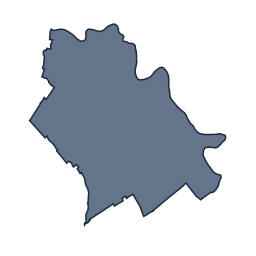 Radauti-Prut, Botosani, Romania (Albers equal-area conic projection), rotated 7°
{"feature_id": "2599482B66408843515913", "entity_name": "Radauti-Prut", "entity_type": "district", "adm_level": 2, "iso_a3": "ROU", "parent_name": "Romania", "parent_adm1": "Botosani", "projection": "albers", "projection_center": [26.824, 48.199], "detail": "fine", "context": "isolated", "style": "filled", "palette": "slate", "viewbox_px": 256, "rotation_deg": 7, "n_neighbors": 0, "source": "geoboundaries", "source_scale": "gbopen_adm2", "svg_char_len": 5603}
<svg xmlns="http://www.w3.org/2000/svg" viewBox="0 0 256 256"><g transform="rotate(7 128 128)"><path d="M96.7,229.4L96.8,228.7L100.1,226.5L100.2,225.6L101.6,224.2L100.9,223.5L105.3,219.8L107.0,218.2L107.5,217.9L107.8,217.7L112.5,213.7L113.1,213.3L116.1,210.7L121.3,206.1L122.5,204.9L124.1,207.2L127.0,204.7L130.9,201.8L131.9,201.0L131.9,200.7L131.1,199.2L130.9,198.8L130.8,198.6L134.1,196.0L134.6,196.9L134.9,197.4L135.1,198.2L135.6,197.9L135.5,197.5L135.6,197.3L140.9,193.2L141.8,194.3L142.3,195.1L143.3,196.2L148.5,203.1L150.0,205.3L152.0,209.3L153.1,211.6L154.4,213.8L157.9,211.3L157.8,211.0L162.2,207.7L162.4,207.5L162.6,207.7L162.9,207.7L163.1,207.4L163.0,207.1L163.3,206.7L171.1,198.2L178.3,190.6L181.6,187.2L183.7,185.0L186.5,182.2L190.4,178.1L190.5,177.4L191.7,176.0L192.2,175.6L192.8,176.3L202.1,185.4L204.3,187.6L205.8,188.4L207.7,189.6L208.9,190.4L212.7,186.5L213.5,186.1L213.7,185.7L218.2,181.6L218.8,181.8L219.3,181.7L220.0,181.4L221.7,180.3L221.7,180.1L221.4,179.9L221.6,179.5L222.8,178.3L223.3,177.6L223.7,176.7L223.9,176.1L224.5,175.0L224.9,173.0L225.1,171.7L224.9,171.0L225.4,169.6L225.7,168.0L226.6,165.9L226.2,165.1L226.0,164.8L225.9,164.3L225.8,163.5L224.8,163.5L223.9,163.4L221.5,162.8L220.6,162.6L219.9,162.1L219.2,161.8L218.3,161.2L216.5,159.6L214.7,157.6L213.8,156.5L212.4,155.2L210.8,153.3L209.5,151.5L208.3,149.8L206.8,147.5L206.3,146.5L205.9,145.6L205.7,144.3L205.6,143.0L205.7,141.6L205.9,140.2L206.1,139.6L206.3,139.2L207.5,138.1L209.0,137.5L210.2,137.2L212.1,137.0L213.4,137.0L216.0,137.1L217.6,136.9L218.1,136.8L219.0,136.2L219.8,135.5L220.1,135.1L220.6,134.4L221.6,133.3L222.5,132.0L223.1,130.8L224.8,129.1L225.6,128.0L226.0,126.8L226.0,125.7L225.9,124.9L225.6,123.9L225.3,123.5L224.4,123.2L221.9,122.8L221.0,122.6L219.5,122.5L216.1,123.6L212.4,124.1L211.2,124.2L209.7,124.6L207.2,124.9L204.2,125.1L200.7,124.9L199.8,124.7L198.2,124.0L196.5,122.8L195.6,122.1L194.1,120.4L192.3,117.8L191.8,117.5L190.9,116.9L190.1,116.4L188.6,114.9L186.6,112.2L185.6,110.9L184.8,109.5L184.2,108.3L183.7,107.7L182.7,106.6L182.4,106.2L180.1,104.8L178.5,103.8L176.9,102.6L173.8,100.3L172.4,98.9L171.4,97.9L169.2,95.9L167.8,94.5L166.9,93.3L166.4,92.5L166.2,92.1L165.6,90.3L164.8,86.6L164.7,85.6L164.5,85.2L163.9,83.9L163.6,83.0L162.9,78.3L162.5,74.5L162.4,74.0L162.3,73.5L162.3,73.1L161.6,71.1L161.0,69.7L160.3,68.5L159.5,67.3L158.7,66.4L155.9,64.0L155.0,63.7L153.7,63.7L152.2,64.3L151.6,64.8L148.9,67.3L147.4,69.2L146.8,70.0L146.5,70.8L146.0,71.7L144.7,73.8L144.2,74.4L142.9,75.3L139.5,77.2L138.5,77.6L137.6,78.0L136.1,78.3L134.1,78.9L133.1,78.6L132.0,78.2L131.3,77.7L130.6,76.9L130.1,76.1L129.0,73.8L128.8,73.5L128.2,71.1L128.2,70.4L128.2,67.4L128.3,65.9L128.5,64.9L128.6,63.2L128.7,62.3L128.7,61.8L128.6,60.8L128.2,59.7L128.0,58.6L127.9,57.4L127.6,54.9L126.9,51.3L126.5,50.1L125.4,47.4L125.4,46.9L125.4,46.2L125.2,45.5L124.5,44.8L123.7,44.2L122.6,43.7L121.5,43.5L120.9,43.5L119.3,43.8L118.8,43.8L118.3,43.6L116.1,42.5L115.0,42.5L114.2,42.6L113.6,42.5L112.9,42.3L112.4,41.9L112.1,41.5L112.0,41.0L112.1,40.1L112.6,38.9L112.7,38.5L112.6,38.0L112.4,37.4L112.1,36.9L111.6,36.6L110.8,36.1L109.8,35.8L108.9,35.3L108.5,35.0L107.7,34.4L107.1,33.6L106.7,32.7L106.6,32.2L106.5,31.2L106.1,30.1L105.5,28.9L104.9,28.0L104.5,27.7L102.7,26.8L102.2,26.6L101.2,26.6L100.7,26.7L99.2,27.4L98.8,27.7L97.3,28.4L95.6,29.6L95.0,30.3L94.4,30.9L93.2,32.4L92.5,33.2L91.3,34.3L90.5,34.8L89.2,35.3L87.9,35.5L86.9,35.5L85.0,35.4L83.3,35.0L82.3,34.8L81.3,34.7L80.2,34.7L78.7,34.5L77.6,34.6L76.6,34.8L76.2,35.0L75.8,35.3L75.0,36.7L74.4,38.1L74.9,40.5L75.0,41.5L75.1,42.5L75.1,44.5L75.0,45.0L74.8,45.4L74.3,46.2L73.5,46.8L72.2,47.5L70.3,47.5L68.6,46.6L67.9,46.5L66.6,45.8L65.8,45.1L64.6,44.3L63.7,43.5L61.9,42.2L60.9,41.6L58.6,40.5L57.3,39.8L54.4,38.7L53.4,38.4L52.5,38.1L51.5,38.1L49.7,38.1L47.7,38.5L46.8,38.8L43.8,39.9L42.9,40.1L42.2,40.1L41.6,40.0L40.8,39.8L39.8,39.3L39.3,40.7L39.1,42.5L39.4,49.8L42.4,49.7L41.9,52.2L41.7,52.7L41.6,53.3L41.2,54.0L41.1,54.9L41.6,58.9L41.6,59.0L41.1,59.1L40.5,59.0L37.9,58.8L37.8,59.7L37.7,60.1L37.3,60.4L37.1,60.6L36.8,60.8L36.7,60.9L36.6,60.6L36.2,60.8L35.6,61.4L35.0,61.8L34.7,62.3L34.7,62.5L35.1,65.6L35.5,65.9L36.3,67.5L36.6,68.7L36.4,70.0L36.3,70.6L36.3,71.3L36.4,72.4L36.7,73.5L36.5,75.7L36.0,79.1L36.1,79.3L36.2,79.5L36.4,79.6L37.8,79.5L37.6,80.6L37.0,84.7L36.3,87.7L36.7,87.9L38.1,88.3L41.4,88.9L41.8,89.1L42.0,89.3L42.4,89.9L43.3,90.9L43.7,91.4L43.8,91.5L43.7,92.2L43.8,92.5L44.5,92.7L45.6,94.3L46.2,94.5L46.6,94.8L46.9,95.2L47.4,95.2L49.9,96.6L43.4,109.6L43.1,109.5L42.4,108.7L41.3,107.9L39.0,112.7L38.6,113.2L38.3,113.3L37.8,113.9L38.0,114.4L37.7,115.6L37.3,116.6L35.9,119.3L35.8,119.6L33.9,123.6L33.3,124.8L29.8,132.1L29.4,132.5L30.1,133.2L30.9,133.9L47.0,147.9L47.4,147.1L48.0,146.4L48.5,146.1L48.8,146.0L49.3,147.3L49.9,148.2L50.5,149.1L51.6,150.1L54.1,151.8L55.7,153.2L57.0,154.4L58.9,156.8L60.7,158.4L59.9,159.3L71.5,170.4L73.1,168.3L73.3,168.3L73.8,168.5L74.5,168.9L76.0,169.5L76.4,169.7L76.6,170.0L76.8,171.0L78.6,173.3L81.2,170.8L82.6,171.9L83.9,173.0L82.7,174.4L82.5,174.8L82.8,175.1L83.6,175.8L85.3,178.1L85.8,178.8L86.2,179.4L86.3,179.7L86.3,179.4L86.5,179.0L86.9,178.4L87.3,177.8L87.5,178.3L90.3,182.2L91.3,183.9L91.6,184.7L92.0,186.8L92.6,188.4L93.6,190.8L94.9,192.4L95.3,193.0L96.8,196.5L97.4,206.0L97.4,207.0L97.2,207.3L97.3,207.6L97.2,207.7L97.0,207.9L97.0,208.0L97.5,208.4L97.6,208.6L97.8,209.1L98.3,212.2L98.1,214.5L96.9,218.5L96.8,219.2L96.9,220.3L97.1,221.2L97.3,222.7L97.3,223.6L97.6,224.4L97.8,226.2L97.8,226.7L97.5,227.4L97.3,227.4L96.7,227.5L96.6,228.1L96.4,228.4L96.4,228.8L96.7,229.4Z" fill="#64748b" stroke="#1e293b" stroke-width="1.5"/></g></svg>